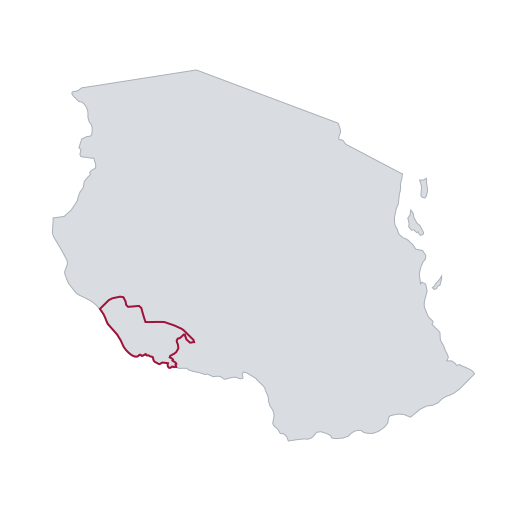 location of Rukwa within United Republic of Tanzania, rotated 351°
{"feature_id": "TZA-3336", "entity_name": "Rukwa", "entity_type": "Region", "adm_level": 1, "iso_a3": "TZA", "parent_name": "United Republic of Tanzania", "parent_adm1": "", "projection": "orthographic", "projection_center": [31.645, -7.987], "detail": "fine", "context": "in_parent", "style": "outline", "palette": "rose", "viewbox_px": 512, "rotation_deg": 351, "n_neighbors": 0, "source": "natural_earth", "source_scale": "10m", "svg_char_len": 5224}
<svg xmlns="http://www.w3.org/2000/svg" viewBox="0 0 512 512"><g transform="rotate(351 256 256)"><path d="M187.3,365.2L181.5,362.2L176.2,360.3L171.9,358.2L170.0,356.1L166.0,355.4L162.5,355.0L159.2,353.1L152.6,352.4L151.8,351.2L151.7,348.4L150.5,347.7L148.1,347.0L145.5,347.0L143.9,347.4L143.0,347.2L140.8,345.6L138.8,343.5L138.0,340.1L135.0,338.0L131.5,336.3L121.7,336.5L120.1,336.0L117.8,334.3L115.1,331.5L112.9,328.4L111.0,324.0L109.0,318.2L97.7,295.0L96.5,290.6L94.3,285.8L90.7,279.8L86.9,275.4L81.7,271.4L75.8,267.4L72.6,264.7L66.6,253.8L65.3,248.7L64.3,243.4L64.7,241.3L68.5,234.4L68.8,232.5L68.4,229.9L66.5,224.5L64.1,217.9L59.3,205.9L58.6,202.9L58.6,200.6L61.4,188.4L61.4,186.7L72.7,186.9L80.9,181.5L88.1,173.5L89.5,170.1L92.4,165.0L95.3,162.4L96.4,160.7L98.0,155.6L101.8,152.1L105.5,149.4L104.7,147.6L105.3,146.9L107.3,145.5L111.2,144.2L111.9,141.6L111.9,138.6L111.3,136.9L111.4,134.9L110.8,133.8L108.3,133.6L104.5,132.1L101.3,131.4L99.1,130.6L98.3,129.9L98.0,128.1L99.8,123.4L98.0,121.5L101.9,113.8L102.6,112.9L104.1,112.7L106.3,111.9L108.4,111.5L110.2,111.8L111.4,111.5L112.5,110.6L113.5,108.0L114.3,103.6L113.8,100.1L112.2,97.3L111.7,93.1L112.5,87.5L111.9,82.8L110.1,79.1L108.3,76.9L105.4,75.8L101.0,70.1L99.6,67.4L99.8,65.7L101.4,64.9L104.2,65.2L106.9,64.5L109.4,62.9L111.8,62.5L113.1,62.7L226.1,62.9L357.6,137.5L358.1,138.4L359.1,144.8L358.9,146.9L356.8,150.5L356.2,152.4L356.2,153.8L356.7,154.3L358.4,154.5L359.9,155.4L360.4,156.1L361.5,158.8L362.9,160.2L412.3,197.1L413.5,197.7L412.7,200.7L409.8,208.0L409.6,211.1L408.5,214.7L407.4,217.0L404.5,227.3L402.0,231.1L398.6,240.1L398.0,247.1L399.8,252.0L400.4,256.5L404.1,261.1L407.1,262.7L409.2,264.8L412.8,269.5L414.8,274.2L421.3,276.6L423.8,281.9L422.8,285.5L419.7,288.5L416.8,293.2L414.4,299.6L414.2,309.3L415.7,307.8L419.2,310.3L419.5,317.5L415.8,325.7L414.6,329.6L414.3,333.0L416.7,343.0L420.5,348.2L420.2,349.7L419.2,351.1L425.7,360.2L424.9,368.0L427.3,374.1L428.3,379.4L429.8,383.5L430.1,386.3L428.0,389.4L432.8,390.2L435.6,392.8L436.9,395.3L440.4,395.2L442.3,396.9L445.0,398.4L450.9,402.5L452.5,404.6L453.4,406.6L436.4,419.1L430.3,422.3L426.0,423.7L421.4,424.5L417.0,426.4L412.8,429.5L407.4,431.0L401.0,430.9L394.2,433.0L383.4,439.4L377.3,435.7L372.4,434.4L366.8,434.5L363.4,434.9L362.2,435.6L361.1,437.9L360.1,441.5L356.3,445.0L349.8,448.3L343.9,449.5L338.5,448.6L334.8,447.1L332.9,445.1L330.1,444.2L326.4,444.3L322.8,445.7L319.3,448.3L313.8,449.4L306.3,448.9L302.3,447.6L301.8,445.4L298.6,442.7L292.6,439.7L288.2,439.6L285.3,442.4L282.6,444.2L280.3,444.9L278.2,445.0L275.2,444.2L266.8,443.8L259.0,443.8L258.2,439.7L256.6,437.2L255.2,435.7L252.5,435.3L251.8,434.1L250.9,431.5L249.6,429.3L247.8,427.5L246.8,425.8L246.4,424.3L246.7,422.6L248.4,418.4L249.0,415.5L248.8,412.5L247.9,409.5L246.1,405.8L246.3,404.8L245.7,402.3L245.7,400.6L246.0,398.4L245.7,395.6L244.1,389.5L244.2,388.0L242.5,385.0L237.3,378.1L237.0,377.2L228.8,370.1L225.5,368.6L224.3,369.9L223.9,371.1L224.2,373.3L224.0,374.4L223.7,374.9L221.7,374.9L220.5,374.6L217.4,372.7L214.9,372.2L208.9,372.5L206.7,373.0L205.1,372.5L201.9,369.3L198.2,368.6L194.8,368.5L189.2,364.8L187.3,365.2ZM422.6,251.3L425.2,259.0L424.8,260.4L422.9,261.3L421.9,261.3L420.7,260.1L419.9,257.5L418.4,258.1L416.0,254.9L413.5,254.7L411.4,251.0L412.3,247.8L411.9,242.3L414.6,239.5L416.1,234.8L417.8,238.1L418.1,243.1L420.3,249.1L422.6,251.3ZM436.3,205.8L436.5,207.7L435.9,209.4L435.9,214.8L435.7,218.4L433.6,223.4L431.9,225.1L430.4,224.6L429.2,223.7L428.3,222.3L430.4,213.2L429.5,206.5L433.3,207.2L436.3,205.8ZM429.1,316.4L427.1,316.9L426.4,316.4L425.3,314.9L427.3,313.6L429.4,311.2L434.0,307.6L436.2,304.7L435.8,307.6L433.1,313.7L430.9,314.1L429.1,316.4Z" fill="#d9dde1" stroke="#a8b0b8" stroke-width="1"/><path d="M110.1,321.5L109.2,318.2L106.6,311.8L98.9,299.9L98.0,296.5L97.6,294.2L96.3,289.6L93.6,283.8L103.8,276.5L107.6,275.3L115.4,274.9L118.6,276.0L120.1,280.7L120.1,283.9L121.7,286.2L126.8,286.6L132.6,287.0L134.6,289.4L135.0,293.3L135.7,298.8L136.5,303.9L141.2,304.7L147.0,305.5L155.0,306.8L164.6,311.9L171.2,316.3L172.9,318.0L181.1,329.1L181.4,331.4L180.0,331.2L178.6,331.4L177.2,331.2L174.2,327.4L174.0,326.4L174.0,325.3L173.5,324.4L173.6,323.4L173.5,322.6L172.5,322.2L168.0,325.2L165.9,325.3L164.5,326.9L164.4,328.9L165.0,330.9L164.9,335.0L162.2,338.4L160.1,339.6L155.7,341.2L154.9,342.6L156.6,343.8L157.8,345.1L157.1,346.1L157.7,346.8L158.5,347.4L159.9,348.7L160.4,350.1L159.8,350.2L159.5,350.6L159.8,352.8L159.8,353.0L159.4,352.8L159.0,352.8L158.4,353.0L158.0,353.0L157.7,352.9L156.6,352.3L155.7,352.1L155.2,352.4L154.6,352.8L153.9,353.1L152.4,352.7L151.7,351.3L151.7,349.5L152.3,348.1L147.0,346.6L146.2,346.7L145.0,347.3L144.3,347.6L143.5,347.6L142.9,347.3L139.5,344.7L138.7,343.6L138.4,342.1L138.4,340.7L138.2,339.8L137.5,339.2L136.1,338.8L135.5,338.4L134.8,337.6L134.2,337.3L133.7,337.2L133.2,337.3L132.7,337.2L132.2,336.9L132.1,336.7L132.0,336.0L131.9,335.8L131.6,335.6L131.4,335.6L131.3,335.8L131.1,335.9L130.7,336.0L128.8,336.6L128.6,336.8L128.3,336.9L127.8,336.9L127.4,336.6L126.7,335.7L126.3,335.4L125.5,335.4L124.7,335.8L124.0,336.3L123.2,336.7L121.7,336.7L120.2,336.1L118.7,335.2L117.5,334.3L115.1,331.7L112.8,328.4L111.0,324.9L110.1,321.5Z" fill="none" stroke="#9f1239" stroke-width="2"/></g></svg>